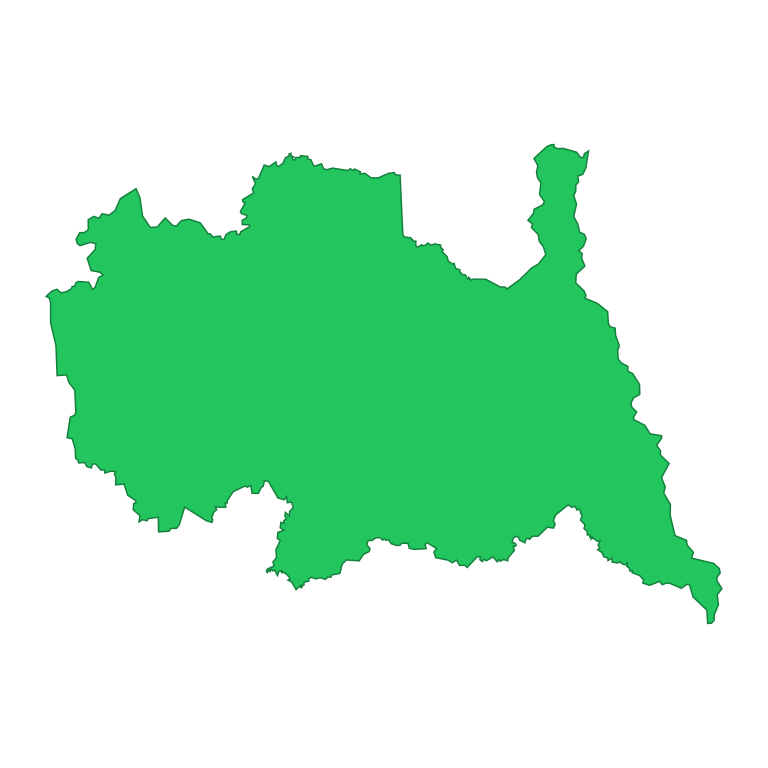 the district of Huai Yot, Trang, Thailand
{"feature_id": "78962969B54488452023810", "entity_name": "Huai Yot", "entity_type": "district", "adm_level": 2, "iso_a3": "THA", "parent_name": "Thailand", "parent_adm1": "Trang", "projection": "albers", "projection_center": [99.605, 7.79], "detail": "fine", "context": "isolated", "style": "filled", "palette": "green", "viewbox_px": 768, "rotation_deg": 0, "n_neighbors": 0, "source": "geoboundaries", "source_scale": "gbopen_adm2", "svg_char_len": 6069}
<svg xmlns="http://www.w3.org/2000/svg" viewBox="0 0 768 768"><path d="M76.1,239.3L77.3,243.6L80.1,245.6L90.2,242.4L95.8,243.6L95.2,249.5L87.2,258.2L91.1,270.5L100.0,272.2L103.2,275.0L98.8,277.4L95.1,287.4L92.6,289.5L88.8,282.3L78.3,281.5L75.8,282.9L74.8,286.3L72.2,286.4L71.5,288.8L66.0,291.8L60.9,292.8L57.1,289.3L52.0,291.0L46.1,296.4L49.3,298.0L50.6,302.4L50.6,322.7L56.0,345.7L57.1,375.6L66.6,374.9L68.9,382.5L74.8,390.1L75.8,411.6L75.1,414.8L70.2,417.3L67.1,437.6L72.3,438.9L75.2,448.9L75.6,458.4L78.1,460.1L78.6,462.9L84.8,462.6L87.0,466.7L91.4,467.9L92.4,464.0L96.0,464.1L100.8,470.0L104.4,469.9L104.8,473.0L111.2,471.1L115.5,471.8L114.4,474.7L115.9,477.0L115.7,484.8L124.0,484.1L127.8,495.3L135.9,500.7L135.7,502.9L133.7,503.6L133.2,509.7L140.0,515.7L139.0,521.9L142.6,519.7L147.1,520.8L147.7,518.7L158.3,517.2L158.6,531.9L169.1,531.2L171.0,528.3L176.4,528.4L179.2,525.0L184.7,507.1L206.3,520.7L212.0,522.4L212.8,519.7L211.6,518.1L213.9,511.9L216.7,509.6L215.3,507.0L225.8,507.3L225.2,503.1L227.2,503.0L227.2,500.8L233.2,491.6L245.3,485.9L247.1,487.2L250.9,485.6L252.1,493.3L258.4,493.4L261.3,487.2L263.2,486.4L264.3,480.7L268.5,481.5L277.9,497.9L284.3,499.8L286.6,496.7L287.3,502.7L291.5,502.1L293.3,507.6L289.6,511.4L289.4,516.0L285.4,512.5L284.9,516.2L286.6,518.5L283.8,520.6L284.3,523.3L280.9,522.3L280.2,527.9L284.0,530.1L277.8,532.4L277.3,538.5L280.3,540.4L276.0,549.6L276.5,557.6L272.9,562.0L274.1,565.9L267.2,569.1L266.3,571.2L267.4,572.6L269.0,569.9L270.2,571.5L271.1,569.1L272.6,570.8L274.8,570.2L277.5,575.5L278.9,571.3L283.2,570.9L281.4,571.6L281.8,572.8L284.0,572.4L287.8,575.4L290.2,578.8L288.0,580.1L291.7,582.1L296.1,589.6L299.7,586.2L301.3,587.8L302.3,586.1L301.2,585.4L304.0,584.9L303.8,582.3L308.9,581.0L308.6,578.7L311.5,577.2L315.7,578.9L320.2,577.7L325.4,579.4L328.1,576.9L330.9,577.2L331.6,575.0L339.9,573.4L342.1,564.3L346.3,560.0L359.2,560.8L363.4,554.3L369.1,551.6L370.1,548.8L366.7,544.7L368.2,540.5L372.2,540.4L375.8,537.8L380.3,537.7L382.5,540.1L384.2,538.8L386.3,540.4L388.7,539.7L391.0,543.6L396.5,545.4L399.9,545.4L401.7,543.3L408.0,543.3L409.3,548.3L414.1,549.4L426.2,548.6L425.1,544.6L427.1,542.7L436.5,548.5L433.9,552.0L435.8,557.7L448.0,560.1L452.3,562.7L456.5,560.1L459.6,565.5L464.7,565.1L467.1,567.5L477.4,556.6L480.5,557.1L479.9,559.7L482.5,561.5L483.7,559.2L486.4,560.7L493.1,556.8L497.1,561.8L499.4,559.6L500.3,561.2L503.5,559.5L507.7,560.8L508.2,557.7L514.3,550.5L513.3,546.8L516.3,545.6L515.3,543.4L512.2,542.4L513.3,537.7L517.7,536.2L519.8,540.2L524.9,542.8L526.0,539.2L528.2,538.1L529.5,539.4L532.5,536.2L538.1,536.2L547.3,527.2L553.5,528.1L555.1,524.3L553.4,520.6L555.7,514.9L568.3,504.7L571.6,507.3L575.2,506.4L576.9,510.0L578.9,509.2L580.4,510.9L580.6,513.7L582.3,514.8L580.5,520.0L585.0,524.8L584.0,528.6L587.3,531.3L587.2,534.9L590.1,535.1L589.7,537.3L592.0,537.0L591.1,539.0L593.1,538.0L597.2,541.2L600.2,540.6L598.1,544.8L599.7,548.2L597.7,549.7L602.1,552.6L603.8,556.7L607.8,558.0L608.0,560.5L612.1,558.2L612.3,562.1L617.5,563.0L619.6,561.9L623.7,564.6L626.3,564.4L627.7,562.1L626.7,566.2L629.1,567.9L630.0,571.0L632.3,570.7L632.1,572.6L639.8,575.6L643.6,580.1L642.8,583.1L649.8,585.3L659.5,581.4L662.3,584.7L666.4,583.0L670.3,583.5L681.4,588.3L686.9,584.3L689.4,584.6L693.1,597.0L706.8,610.0L707.7,623.4L711.4,623.2L714.0,620.6L714.3,614.5L718.4,604.9L717.2,594.7L721.9,588.7L716.9,580.6L716.9,577.6L720.2,572.9L719.3,568.5L713.6,563.4L691.6,558.1L693.4,552.3L687.0,544.9L686.5,540.3L675.0,535.6L670.2,515.4L670.4,504.4L663.7,493.1L665.2,486.9L661.5,477.7L669.1,463.5L660.3,454.9L660.6,450.9L656.6,445.3L661.5,438.4L661.7,435.8L650.1,433.8L644.8,425.3L633.8,419.6L633.5,417.3L636.6,412.0L631.7,407.0L631.0,403.0L633.6,397.9L639.8,394.3L639.5,384.4L632.7,373.6L627.7,371.1L627.9,366.5L621.2,362.8L618.3,359.3L617.6,351.1L619.3,345.5L615.6,335.5L615.1,328.1L610.5,327.0L608.4,323.9L607.6,311.6L597.5,303.5L584.7,298.1L586.0,295.9L584.2,291.1L575.7,282.9L576.3,274.1L584.9,266.1L581.6,258.2L582.2,253.8L578.9,250.6L583.4,246.3L586.2,238.8L584.2,234.2L579.7,232.3L577.8,224.1L573.7,216.5L576.5,204.2L573.6,195.3L575.7,191.8L575.9,184.9L578.6,182.0L577.7,176.1L582.7,174.4L585.8,168.0L588.5,151.0L584.4,153.7L583.6,157.2L580.5,157.6L576.6,152.2L563.1,148.4L558.1,148.7L554.2,147.3L554.0,144.6L551.5,144.7L547.0,146.4L534.0,158.4L537.9,165.8L536.5,172.0L537.5,177.7L540.9,182.9L539.6,194.6L544.5,201.7L542.4,205.1L534.1,209.2L533.5,213.4L527.9,220.4L532.6,224.0L531.4,227.5L538.2,234.5L539.2,241.2L543.3,246.6L545.8,254.7L538.3,264.1L531.6,268.0L520.1,279.4L506.7,289.1L505.3,287.1L500.3,287.0L485.9,279.3L473.1,279.1L471.6,280.2L468.9,277.6L469.0,279.1L467.6,279.0L465.1,274.7L462.7,274.9L459.7,271.7L459.8,269.7L455.7,268.6L454.0,263.3L452.7,264.2L448.2,261.0L447.1,256.6L442.3,251.9L443.2,249.7L440.7,247.6L440.6,245.0L434.6,243.9L431.7,245.2L427.4,243.0L426.5,244.7L423.0,245.9L421.6,244.6L417.6,247.3L415.8,245.6L415.8,241.1L414.0,241.4L410.7,237.8L404.5,237.0L402.8,234.4L400.1,175.1L395.8,175.0L394.4,172.6L388.4,173.4L378.3,177.9L371.0,177.8L365.0,173.3L360.0,174.0L360.4,171.8L354.6,169.0L353.6,170.7L350.2,168.7L348.2,170.5L332.4,168.1L326.9,169.7L323.7,168.9L321.5,163.9L313.8,166.3L310.9,159.7L307.6,158.9L307.8,156.4L300.6,155.7L300.1,157.3L295.3,157.6L295.0,159.9L293.3,159.9L292.1,158.1L293.5,156.9L290.4,155.2L291.0,153.4L289.2,153.7L289.2,155.6L285.2,158.1L283.0,163.2L278.9,166.4L276.7,165.7L275.8,161.9L269.3,166.6L264.2,165.0L258.6,178.1L256.0,179.4L252.4,176.4L255.5,183.8L252.3,188.7L253.7,192.8L242.7,199.6L242.6,201.6L245.1,203.0L240.4,211.6L241.5,213.7L247.1,215.4L246.6,217.7L242.2,220.3L242.3,224.5L249.2,224.8L250.0,226.4L240.5,231.9L240.0,234.5L236.6,234.4L236.4,231.0L230.4,231.8L226.3,234.3L223.9,239.4L221.5,239.4L220.3,236.1L212.8,237.0L210.5,234.0L208.1,233.7L200.3,222.9L189.0,219.2L181.3,220.6L176.3,226.2L172.5,225.3L165.2,217.9L157.2,227.1L150.2,227.4L142.6,216.1L139.9,197.6L136.0,188.7L120.4,198.6L115.1,210.5L109.0,215.2L102.1,213.7L99.0,218.2L93.7,216.4L88.2,219.8L88.3,229.8L84.3,232.6L79.8,232.6L76.1,239.3Z" fill="#22c55e" stroke="#15803d" stroke-width="1.5"/></svg>